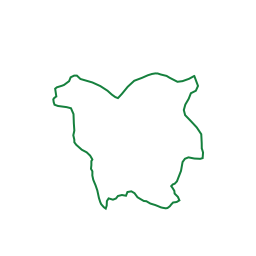 Labe, Labé, Guinea, rotated 303°
{"feature_id": "49546643B62226026687736", "entity_name": "Labe", "entity_type": "district", "adm_level": 2, "iso_a3": "GIN", "parent_name": "Guinea", "parent_adm1": "Labé", "projection": "robinson", "projection_center": [-12.343, 11.413], "detail": "fine", "context": "isolated", "style": "outline", "palette": "green", "viewbox_px": 256, "rotation_deg": 303, "n_neighbors": 0, "source": "geoboundaries", "source_scale": "gbopen_adm2", "svg_char_len": 1672}
<svg xmlns="http://www.w3.org/2000/svg" viewBox="0 0 256 256"><g transform="rotate(303 128 128)"><path d="M201.4,163.8L207.7,155.3L207.7,155.2L202.5,152.4L197.0,148.2L193.7,144.3L192.8,135.4L192.7,132.0L190.7,126.3L189.9,123.2L188.6,121.1L186.4,118.7L183.0,115.9L177.8,112.5L171.0,107.5L162.4,105.3L153.3,104.3L147.6,103.3L147.0,100.5L147.2,96.2L148.1,90.5L148.1,82.0L146.8,73.3L143.2,61.4L144.1,56.6L142.6,54.3L139.3,52.3L135.2,53.1L129.3,50.9L127.6,49.7L123.4,46.2L121.3,45.5L115.4,50.7L114.9,50.4L113.4,50.0L112.7,49.7L112.2,49.8L111.4,49.7L109.2,51.6L107.5,53.7L108.3,57.2L112.1,65.2L113.5,69.4L110.0,74.7L104.9,78.3L102.6,79.9L96.6,84.4L92.1,86.1L89.0,89.3L86.8,90.8L85.7,93.8L84.6,101.1L85.1,106.6L84.2,111.3L82.5,114.7L82.1,115.3L80.3,115.3L76.9,117.5L73.6,119.2L72.3,121.7L70.3,123.0L68.8,123.9L65.9,126.8L65.2,127.7L62.2,132.1L58.9,136.3L56.2,139.0L53.6,141.6L50.8,145.0L49.5,147.0L48.4,150.9L48.3,153.2L49.4,152.9L51.3,152.4L55.2,150.1L58.4,150.1L59.7,154.4L62.3,156.3L65.5,156.6L68.5,159.4L70.1,163.2L74.0,162.4L76.7,165.3L76.9,168.9L75.1,173.7L75.2,177.1L75.4,181.0L76.6,183.3L76.8,187.8L77.7,191.0L78.2,192.7L78.9,196.2L79.3,198.6L79.8,200.1L81.2,203.4L82.4,204.7L85.1,205.7L87.4,205.9L90.1,206.4L91.7,208.3L92.6,209.2L95.3,210.5L97.4,207.4L98.4,202.8L100.5,201.1L101.9,198.2L102.8,195.9L105.1,196.3L106.7,197.5L109.9,198.1L120.9,195.8L129.2,192.3L133.2,192.5L136.3,194.7L138.5,200.2L141.5,205.4L143.4,207.0L148.3,204.3L150.7,201.5L150.9,201.1L155.4,198.1L160.1,194.7L162.7,192.8L165.9,185.4L167.9,177.5L169.9,168.9L173.5,165.0L178.9,163.3L185.5,163.0L188.0,162.5L191.4,161.8L196.2,164.6L201.4,163.8Z" fill="none" stroke="#15803d" stroke-width="2"/></g></svg>